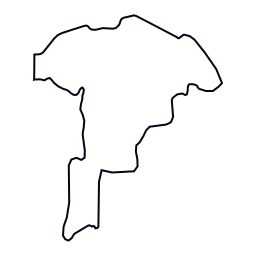 the border of Sokoto
{"feature_id": "NGA-2871", "entity_name": "Sokoto", "entity_type": "State", "adm_level": 1, "iso_a3": "NGA", "parent_name": "Nigeria", "parent_adm1": "", "projection": "equal_earth", "projection_center": [5.256, 12.709], "detail": "fine", "context": "isolated", "style": "outline", "palette": "ink", "viewbox_px": 256, "rotation_deg": 0, "n_neighbors": 0, "source": "natural_earth", "source_scale": "10m", "svg_char_len": 1567}
<svg xmlns="http://www.w3.org/2000/svg" viewBox="0 0 256 256"><path d="M134.0,15.4L136.3,16.0L156.5,26.5L176.7,37.1L177.4,37.6L177.8,38.1L178.3,38.3L179.1,38.1L183.2,35.0L184.5,34.7L188.4,35.8L189.7,36.1L194.5,39.7L204.5,52.2L216.2,69.0L222.0,83.1L218.5,86.8L212.9,91.0L206.0,91.0L199.0,88.8L197.8,87.3L196.7,85.5L195.4,84.9L194.1,84.5L192.5,84.2L189.2,84.3L188.2,85.4L187.8,87.9L187.7,90.4L186.9,94.4L185.1,95.0L182.4,93.5L177.2,94.4L172.7,97.8L171.8,100.4L173.1,116.9L171.0,122.1L168.4,123.6L165.8,124.6L149.7,126.7L146.1,130.4L143.4,136.1L139.7,142.3L136.3,145.4L135.9,151.7L137.3,158.8L137.6,166.3L134.0,171.3L112.1,172.5L101.6,170.2L99.0,181.7L98.4,226.9L97.0,228.1L95.4,228.3L94.7,226.8L93.6,225.9L92.8,226.3L91.9,226.6L90.8,225.8L89.3,225.3L87.8,225.8L74.2,233.9L71.7,238.1L68.5,240.6L65.3,239.2L63.0,235.7L63.6,226.6L66.8,217.5L69.2,202.5L68.8,165.5L71.4,159.5L76.5,157.8L81.3,159.9L84.6,157.7L84.8,150.4L82.7,134.9L83.0,131.3L83.7,127.8L84.3,120.8L82.7,114.8L80.3,109.4L80.8,105.5L81.5,101.9L82.0,100.5L82.3,99.1L82.3,97.3L82.5,95.5L83.5,92.6L83.8,89.7L82.5,87.6L80.7,88.4L79.4,90.7L78.3,93.2L76.1,95.0L73.3,94.7L70.8,93.1L68.4,90.9L65.9,89.7L63.3,88.9L58.5,86.5L54.1,83.0L51.9,80.2L49.7,78.0L47.1,78.7L44.6,80.3L40.0,79.3L34.6,79.5L34.0,79.7L34.2,77.5L34.4,54.5L39.0,54.3L41.1,53.7L43.1,52.4L54.4,38.3L57.7,35.2L61.6,33.2L70.1,30.4L84.3,25.9L86.6,25.6L88.2,26.5L89.8,28.5L91.5,29.5L95.6,29.8L102.8,28.1L113.0,28.7L115.5,28.1L116.3,27.6L118.5,25.6L119.5,24.0L120.7,20.5L121.5,19.1L123.5,17.8L134.0,15.4Z" fill="none" stroke="#020617" stroke-width="2"/></svg>